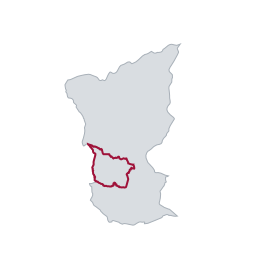 Ouham on a map of Central African Republic (Robinson projection), rotated 287°
{"feature_id": "CAF-810", "entity_name": "Ouham", "entity_type": "Prefecture", "adm_level": 1, "iso_a3": "CAF", "parent_name": "Central African Republic", "parent_adm1": "", "projection": "robinson", "projection_center": [17.885, 7.097], "detail": "fine", "context": "in_parent", "style": "outline", "palette": "rose", "viewbox_px": 256, "rotation_deg": 287, "n_neighbors": 0, "source": "natural_earth", "source_scale": "10m", "svg_char_len": 7728}
<svg xmlns="http://www.w3.org/2000/svg" viewBox="0 0 256 256"><g transform="rotate(287 128 128)"><path d="M173.9,93.6L176.0,94.3L176.4,95.0L175.8,97.5L176.3,99.0L177.5,100.3L178.7,100.9L179.9,101.2L184.0,102.0L185.8,102.9L188.0,105.8L190.9,108.4L191.6,109.8L191.5,111.0L190.6,112.6L190.8,113.2L192.1,114.7L193.6,116.3L196.3,118.1L201.1,120.8L203.2,122.6L204.0,124.0L205.2,125.5L206.9,126.9L208.1,128.0L207.3,131.0L207.5,132.0L207.9,132.8L208.9,134.0L209.3,135.5L210.3,137.4L211.5,138.3L213.5,138.6L214.5,139.5L216.7,141.0L218.7,142.3L219.6,143.2L220.2,144.0L220.7,144.9L220.9,145.9L221.0,147.9L221.3,150.4L222.5,152.2L223.5,153.4L219.3,152.0L218.6,151.9L217.9,152.2L215.7,154.0L215.0,154.2L212.2,153.8L205.4,152.4L200.2,151.0L198.6,150.5L195.8,150.1L194.0,151.0L192.3,154.2L191.8,154.9L189.1,155.8L187.8,155.6L184.7,156.4L179.8,155.1L178.1,155.4L176.8,156.0L173.3,157.5L171.2,158.3L168.7,159.1L166.4,160.3L164.8,160.9L163.3,160.9L161.9,160.2L160.4,159.7L158.6,159.5L156.7,159.9L155.1,161.2L154.4,162.1L153.0,164.5L151.4,168.5L150.8,169.3L150.2,169.7L142.6,167.7L139.3,167.3L137.1,167.9L134.4,166.8L133.2,166.6L132.6,166.9L131.1,166.4L128.6,165.1L126.2,164.5L124.0,164.7L122.7,164.2L121.6,162.9L120.3,160.5L117.8,158.1L114.5,156.2L112.5,154.7L111.6,153.8L109.9,153.2L107.1,153.1L104.5,154.1L100.8,157.1L97.3,163.2L95.3,165.6L93.8,166.2L93.4,167.7L94.2,170.0L94.4,172.7L93.8,177.3L94.0,180.7L93.2,180.1L92.4,178.6L92.0,178.3L89.7,179.0L88.5,179.6L87.9,180.2L87.4,180.3L86.7,179.5L86.1,179.3L85.2,179.5L84.3,179.5L83.7,179.3L83.3,179.4L82.2,178.9L78.2,177.6L77.5,177.2L76.7,177.2L74.7,178.4L73.6,178.7L70.3,179.4L66.8,179.7L65.5,179.7L64.5,180.2L64.0,180.9L62.9,185.2L62.6,185.9L62.6,187.0L62.3,190.4L62.4,191.5L58.2,200.9L57.5,199.3L57.1,197.5L56.9,195.4L57.0,194.8L56.8,194.2L56.4,192.5L56.8,191.4L56.5,190.2L55.7,189.1L54.9,188.2L54.5,187.4L54.1,187.1L53.3,186.9L52.2,186.5L47.6,181.0L42.7,174.9L41.7,172.8L41.3,171.7L42.5,171.6L42.8,171.4L42.8,170.8L42.1,169.2L41.8,167.2L41.2,166.0L39.3,164.1L37.4,162.6L36.9,161.9L36.5,160.9L35.9,154.2L35.5,152.3L35.0,151.4L34.6,151.1L34.4,150.6L34.5,149.4L34.7,148.3L34.7,147.9L35.2,147.0L35.2,140.8L34.6,140.0L33.5,140.0L33.0,139.1L32.5,137.9L32.6,137.1L33.7,135.9L34.4,135.4L36.4,134.4L37.0,133.9L37.4,133.3L37.6,132.5L38.8,129.3L40.6,126.1L41.4,125.5L43.2,120.8L43.6,119.6L43.9,118.4L44.5,117.5L46.5,115.9L48.0,113.1L49.6,113.3L51.2,113.7L53.3,113.9L55.0,113.4L56.1,112.3L61.2,110.5L61.6,109.0L62.4,108.2L63.3,107.5L63.6,107.4L63.7,107.9L64.3,109.5L65.4,111.0L67.1,112.7L67.6,112.6L68.7,111.3L71.4,110.5L72.0,110.2L73.9,108.3L76.2,107.1L77.6,106.7L79.9,105.5L81.5,105.6L84.1,105.4L88.5,104.8L91.7,104.6L93.3,104.4L93.7,104.2L94.3,102.4L94.8,101.9L96.0,101.1L98.3,98.4L99.9,96.1L100.3,95.3L100.6,95.2L101.3,94.2L100.7,93.2L98.0,91.2L98.1,90.9L97.9,90.6L98.1,90.3L99.1,89.5L100.4,88.6L101.8,88.2L105.6,88.3L108.8,88.1L109.5,88.1L112.0,87.7L113.7,87.2L115.5,86.3L119.4,86.4L122.7,83.9L123.7,83.4L124.1,83.1L124.2,82.7L125.7,81.7L127.5,79.7L128.8,77.9L129.2,76.6L132.9,72.2L134.2,72.3L134.9,71.8L136.3,68.8L136.8,68.3L138.3,67.8L139.1,66.9L139.7,65.7L139.7,64.1L139.4,62.8L139.4,62.2L139.8,61.6L140.3,61.0L143.2,59.5L143.9,58.7L144.3,58.0L145.1,57.9L146.0,58.0L146.5,57.6L147.1,56.9L149.1,55.9L150.9,55.1L152.8,55.5L156.3,56.4L157.3,58.5L157.8,59.2L162.1,64.1L163.0,65.3L165.1,68.9L166.4,71.3L167.9,74.7L168.1,76.6L167.9,78.2L167.6,82.8L167.2,84.1L165.3,86.6L165.3,87.7L165.7,88.6L166.2,89.0L166.6,89.4L166.4,91.6L167.1,92.4L168.5,92.9L172.0,93.3L173.9,93.6Z" fill="#d9dde1" stroke="#a8b0b8" stroke-width="1"/><path d="M86.1,104.9L92.5,104.7L93.7,104.4L94.1,103.7L94.1,102.9L94.4,102.2L94.9,101.7L95.5,101.4L96.4,101.0L96.6,100.9L97.0,100.6L97.6,99.5L98.1,99.0L98.3,98.7L98.4,98.3L98.5,98.0L100.0,96.1L100.6,94.7L100.8,94.6L100.7,95.2L100.7,95.4L100.8,95.7L100.8,96.3L100.7,96.6L100.6,96.8L100.7,97.0L100.8,97.2L100.7,97.3L100.6,97.6L100.6,97.8L100.8,98.3L100.6,98.5L100.6,99.0L100.3,99.3L100.4,99.7L100.3,99.9L100.3,100.0L100.1,100.2L100.0,100.5L100.0,100.8L100.1,101.0L100.5,101.2L100.6,101.4L100.6,102.2L100.7,102.4L100.7,102.5L100.5,102.8L100.5,103.0L100.6,103.3L100.5,103.5L100.4,103.7L100.4,103.8L100.5,103.9L100.5,104.1L100.4,104.6L100.2,104.8L100.1,105.0L100.1,105.5L100.1,105.9L100.2,106.0L100.1,106.3L99.9,106.4L99.7,106.6L99.6,106.8L99.8,107.0L99.8,107.3L99.7,107.3L99.5,107.5L99.4,107.6L99.5,107.9L99.6,108.0L99.4,108.5L99.4,108.9L99.5,109.0L99.9,109.1L99.8,109.3L96.7,111.1L96.0,111.8L95.8,112.3L97.4,117.5L97.4,117.8L97.2,118.0L96.6,118.3L96.4,118.5L96.3,119.0L96.1,119.4L95.6,119.8L95.5,120.0L95.9,120.3L96.0,120.4L96.0,120.5L95.9,120.6L95.7,120.7L95.6,120.9L95.5,121.2L95.3,121.9L95.2,122.0L94.9,122.3L94.7,122.7L94.6,122.9L94.7,123.0L95.1,123.4L95.3,123.6L95.4,123.8L95.7,124.8L95.8,124.9L96.0,124.9L96.1,125.0L96.0,125.3L96.0,125.6L96.0,125.8L96.1,126.0L96.3,126.3L96.6,126.5L96.9,126.7L97.6,127.0L97.8,127.3L97.8,127.5L97.8,127.8L97.7,127.9L96.9,128.4L96.6,128.6L96.4,128.8L96.3,129.1L96.1,130.0L96.0,130.3L96.0,130.5L96.2,130.9L97.5,132.4L97.7,132.6L97.7,132.9L97.7,133.8L97.7,134.2L97.8,134.6L97.8,134.8L98.0,134.9L98.3,135.0L98.4,135.4L98.2,135.6L97.7,135.8L97.4,136.2L96.8,136.6L96.0,137.5L95.8,137.7L95.3,138.0L95.0,138.2L94.2,138.6L94.2,138.8L94.3,139.1L94.3,139.3L94.3,139.6L94.1,140.1L94.1,140.4L94.1,140.7L94.2,141.1L94.2,141.4L94.2,142.2L94.4,143.1L94.2,143.0L94.1,143.6L94.1,143.8L94.0,144.0L93.9,144.4L93.7,144.5L92.5,145.3L91.8,145.6L91.2,145.8L90.9,145.7L90.9,144.9L90.9,144.7L90.6,144.1L90.5,143.8L90.5,143.7L90.9,143.4L91.0,143.2L90.9,143.0L90.9,142.9L90.6,142.8L90.3,142.7L90.0,142.6L89.5,142.7L89.3,142.7L89.1,142.8L89.0,142.7L88.9,142.1L88.6,141.9L88.3,141.9L87.1,142.0L86.9,142.1L86.5,141.8L86.4,141.7L86.1,141.7L85.7,141.9L85.4,141.9L85.2,141.8L85.2,141.7L85.1,141.3L85.1,141.1L84.2,140.6L83.9,140.4L83.7,140.3L83.0,140.4L82.8,140.6L82.6,140.8L82.4,141.1L79.5,143.0L78.9,143.2L71.8,143.4L70.9,143.3L70.6,143.1L70.3,142.5L70.0,142.0L70.0,141.7L70.0,140.9L69.9,140.8L69.8,140.5L69.7,140.2L69.6,139.9L69.5,139.7L69.4,139.6L69.3,139.3L69.2,138.3L69.2,137.9L69.0,137.6L68.9,137.0L68.9,136.9L69.0,136.6L69.3,136.6L69.6,136.4L69.6,136.2L69.4,135.8L69.4,135.3L69.5,134.7L69.5,134.4L69.5,134.1L69.6,133.8L69.6,133.6L69.8,133.5L69.9,133.4L69.9,133.5L70.1,133.6L70.5,133.5L70.5,133.4L70.6,133.2L70.6,132.7L70.7,132.4L70.9,132.4L71.0,132.4L71.1,132.1L71.3,131.9L71.5,132.0L71.6,131.9L71.7,131.7L71.8,131.2L71.7,130.9L71.4,130.8L71.3,130.7L71.2,130.6L70.9,130.4L70.7,130.6L70.3,130.5L70.0,130.5L69.8,130.5L69.7,130.5L69.6,130.8L69.3,130.9L69.1,131.0L68.8,130.9L68.7,130.8L68.5,130.5L68.3,130.5L68.2,130.4L68.1,130.2L67.9,129.8L67.9,129.6L67.7,129.5L67.4,129.4L67.1,128.6L67.0,128.4L66.9,128.4L66.8,128.1L66.7,127.6L66.7,127.0L66.6,126.4L66.3,125.8L66.3,125.6L66.2,125.1L66.3,124.0L66.2,123.9L66.1,123.6L66.0,123.2L65.9,123.0L65.7,122.8L65.7,122.7L65.6,122.1L65.7,121.9L65.8,121.9L65.9,121.7L65.9,121.4L65.9,121.2L66.0,121.2L66.3,121.1L66.5,120.7L66.7,120.4L66.8,120.3L66.9,120.0L66.9,119.6L66.9,119.3L66.8,119.1L66.7,118.8L66.7,118.6L66.7,118.4L67.0,117.6L67.1,116.3L67.1,116.1L67.2,115.9L67.3,115.6L67.4,115.2L67.7,115.0L67.8,114.9L67.8,114.7L67.8,114.3L67.6,114.1L67.6,113.8L67.7,113.1L67.6,112.7L67.9,112.4L68.1,112.4L68.1,112.1L68.2,111.7L68.3,111.4L68.6,111.3L69.1,111.1L69.8,111.0L70.0,111.0L70.2,110.8L70.3,110.7L70.9,110.8L70.9,110.7L71.0,110.4L71.2,110.2L71.5,110.4L71.6,110.5L71.8,110.6L72.0,110.4L72.3,110.1L72.8,109.4L73.1,109.1L73.3,109.1L73.5,108.7L73.8,108.3L74.0,108.1L76.0,107.3L76.3,107.1L76.5,106.9L77.2,107.1L77.3,107.0L77.5,106.6L77.7,106.4L78.0,106.3L78.5,106.3L78.9,106.2L79.1,106.0L79.4,105.5L79.7,105.4L80.0,105.4L80.3,105.4L82.3,105.8L82.9,105.8L83.5,105.7L84.7,105.2L86.1,104.9Z" fill="none" stroke="#9f1239" stroke-width="2"/></g></svg>